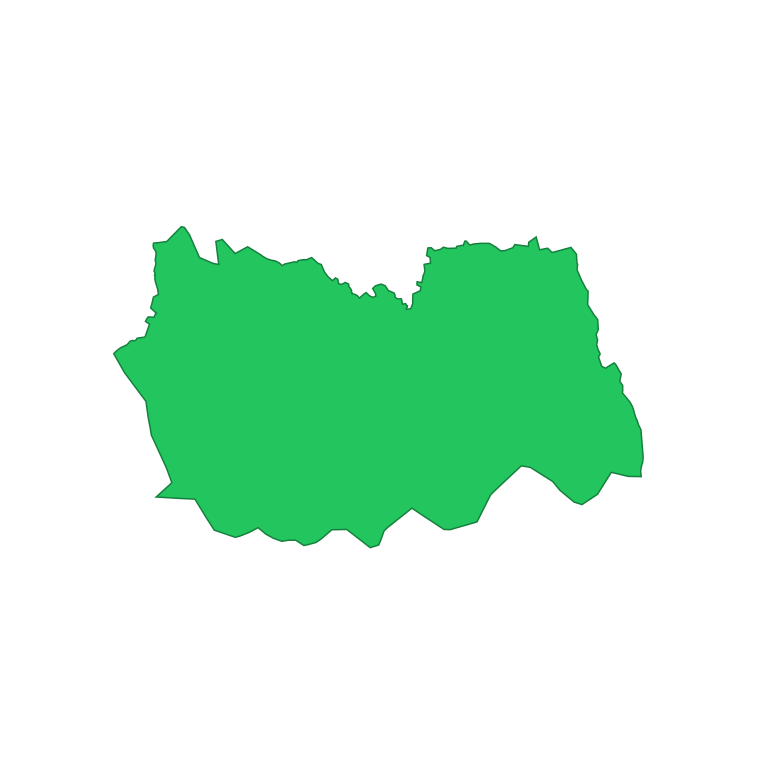 the district of Fune, Yobe, Nigeria, rotated 119°
{"feature_id": "59680162B1470225488806", "entity_name": "Fune", "entity_type": "district", "adm_level": 2, "iso_a3": "NGA", "parent_name": "Nigeria", "parent_adm1": "Yobe", "projection": "robinson", "projection_center": [11.324, 11.889], "detail": "fine", "context": "isolated", "style": "filled", "palette": "green", "viewbox_px": 768, "rotation_deg": 119, "n_neighbors": 0, "source": "geoboundaries", "source_scale": "gbopen_adm2", "svg_char_len": 3591}
<svg xmlns="http://www.w3.org/2000/svg" viewBox="0 0 768 768"><g transform="rotate(119 384 384)"><path d="M308.5,508.6L310.1,509.8L311.0,510.8L312.3,511.3L315.0,515.7L317.8,519.0L319.9,519.3L320.5,521.5L327.2,529.0L329.8,530.4L328.9,534.2L329.1,539.0L330.4,542.7L331.2,547.2L331.2,549.8L331.2,551.3L330.7,555.0L330.1,569.8L342.1,577.5L336.0,595.5L340.8,600.2L359.6,586.5L361.5,592.4L362.8,606.8L347.7,626.6L343.8,634.5L344.7,637.6L349.2,638.8L357.8,641.2L364.6,643.0L369.0,648.8L372.5,653.9L374.7,653.1L376.9,651.4L377.8,649.4L378.7,648.0L379.9,646.9L381.4,646.1L384.6,644.9L385.8,644.6L387.0,643.8L389.4,641.7L395.2,640.4L397.0,639.6L397.5,638.3L398.5,638.0L399.0,637.5L400.1,637.5L400.7,636.8L401.3,636.1L402.2,635.9L403.7,635.0L405.8,633.1L410.1,628.6L415.0,624.7L419.8,627.8L424.9,626.3L430.7,624.9L432.5,617.3L433.4,617.7L434.2,617.8L436.8,617.6L437.2,617.6L439.5,622.5L440.4,623.0L444.9,623.0L445.3,618.1L458.8,615.8L463.6,622.1L466.1,622.3L466.8,622.8L468.2,625.6L470.0,627.0L472.0,627.2L474.6,628.0L480.0,632.0L484.7,634.0L488.5,635.1L499.9,616.4L514.6,583.8L527.5,574.1L535.9,567.1L541.4,562.8L562.9,533.6L573.2,521.7L593.3,528.5L583.4,507.8L576.5,493.8L576.4,493.5L587.1,474.6L588.3,472.4L594.1,461.6L590.2,439.8L587.0,436.4L579.1,429.9L570.7,424.5L572.6,414.4L572.6,406.4L571.1,397.1L567.1,392.0L563.4,385.6L564.1,375.8L561.6,372.8L555.5,366.6L550.6,364.1L544.6,361.8L536.8,359.0L529.3,346.1L533.8,316.7L527.4,310.6L522.3,311.1L512.5,312.7L507.8,311.3L479.1,299.4L480.1,287.8L482.1,261.0L479.4,255.6L459.5,235.8L429.2,237.0L423.9,235.5L389.1,224.3L386.4,217.0L386.0,215.2L387.5,189.2L391.6,178.8L393.4,169.6L395.1,160.5L393.5,152.4L377.0,143.8L351.4,142.4L351.0,142.2L346.4,125.6L340.3,114.1L335.8,117.3L330.3,119.2L327.3,119.7L322.3,121.9L299.3,137.2L299.3,137.3L296.1,141.9L293.3,144.7L291.4,147.4L288.3,150.7L285.7,153.1L283.4,155.7L280.7,159.8L276.2,171.2L274.6,171.7L269.6,174.5L267.3,179.1L260.2,181.4L254.4,191.1L254.0,193.0L260.3,196.6L262.7,197.7L263.0,202.1L256.2,209.6L255.2,209.4L253.3,209.4L252.5,210.0L250.0,213.6L246.5,217.1L241.9,218.5L238.1,222.4L232.4,223.0L224.1,228.3L222.8,231.2L222.0,233.3L215.8,244.4L208.6,248.0L203.7,250.6L203.4,252.5L197.9,260.9L197.8,261.1L190.4,270.7L185.5,272.6L184.6,273.9L177.2,278.6L173.9,286.7L187.5,300.7L185.9,306.7L191.2,313.0L186.2,317.8L185.4,318.6L181.7,322.2L189.8,326.1L193.7,324.5L198.6,337.1L202.4,337.4L208.6,342.8L210.6,345.9L211.0,346.5L210.0,352.9L209.9,360.0L214.0,367.5L218.3,373.8L220.6,375.9L220.6,377.4L219.1,381.3L219.9,382.6L224.4,381.8L224.9,383.0L228.4,387.1L230.2,386.8L234.3,393.7L234.4,393.8L235.6,398.4L238.8,399.8L242.9,404.3L241.9,408.7L243.6,411.5L243.8,411.6L251.0,409.0L251.0,405.0L255.8,401.9L259.9,406.9L260.1,406.9L263.5,404.4L265.4,403.0L266.5,402.8L268.2,402.4L270.0,402.4L272.5,401.5L275.1,400.7L276.9,400.0L278.5,404.6L281.3,403.3L281.3,398.8L284.8,397.5L291.3,402.3L299.8,397.9L305.2,397.1L307.9,400.7L306.5,401.2L305.5,400.9L304.2,401.5L304.3,402.6L303.2,404.0L305.2,406.5L301.1,410.0L303.0,413.5L302.7,416.4L300.9,417.6L299.5,419.2L299.7,421.0L299.8,423.2L300.3,425.2L299.1,427.5L297.5,430.6L298.1,435.0L300.0,437.0L302.5,439.2L306.0,440.2L308.4,436.2L309.6,434.8L310.3,434.3L311.0,433.7L313.5,435.6L313.9,439.4L312.7,443.9L314.6,445.0L320.7,447.1L319.5,450.9L319.7,451.8L319.7,452.8L320.5,455.7L319.6,456.1L319.3,457.2L318.1,457.6L317.4,458.4L316.5,460.1L315.8,462.0L313.7,463.4L314.0,467.2L315.5,468.0L317.7,469.7L318.2,472.3L314.8,475.2L314.7,477.8L318.6,479.2L317.3,484.9L315.0,490.2L309.9,496.8L310.5,500.1L308.5,508.6Z" fill="#22c55e" stroke="#15803d" stroke-width="1.5"/></g></svg>